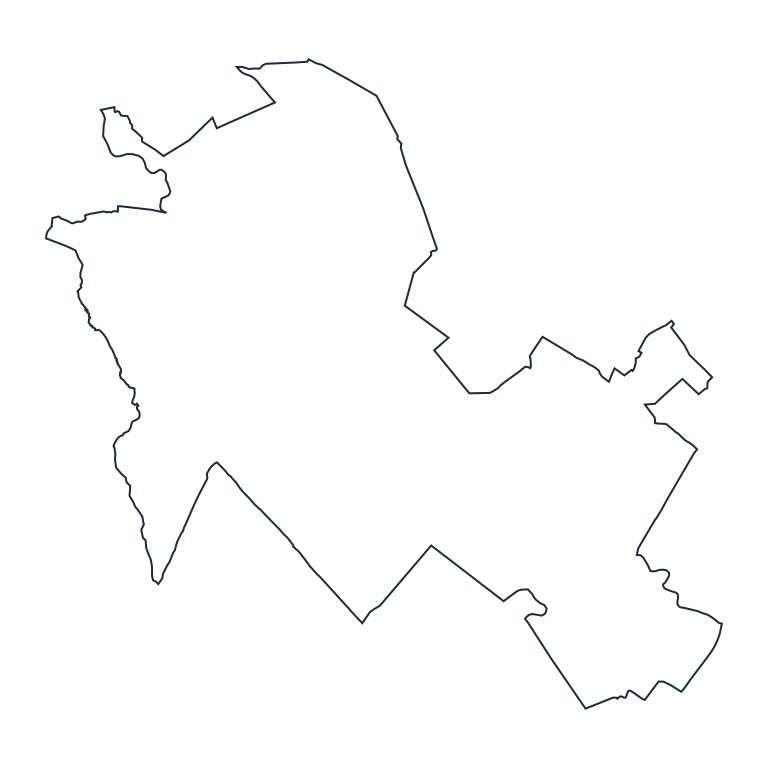 outline of Dragomiresti, Dâmbovita, Romania
{"feature_id": "2599482B73511430354191", "entity_name": "Dragomiresti", "entity_type": "district", "adm_level": 2, "iso_a3": "ROU", "parent_name": "Romania", "parent_adm1": "Dâmbovita", "projection": "equal_earth", "projection_center": [25.352, 44.9], "detail": "fine", "context": "isolated", "style": "outline", "palette": "slate", "viewbox_px": 768, "rotation_deg": 0, "n_neighbors": 0, "source": "geoboundaries", "source_scale": "gbopen_adm2", "svg_char_len": 6036}
<svg xmlns="http://www.w3.org/2000/svg" viewBox="0 0 768 768"><path d="M362.3,623.2L369.9,612.1L374.3,609.0L379.9,605.7L431.2,545.5L503.6,601.2L515.6,592.2L518.6,590.4L521.5,589.7L525.6,589.4L528.0,589.5L532.4,594.3L534.4,598.0L536.0,599.8L540.3,603.2L544.6,605.3L546.6,608.9L546.0,611.4L545.0,613.8L541.8,615.6L532.4,614.0L528.6,615.0L525.0,618.6L528.1,622.8L551.3,658.8L585.5,708.6L612.9,697.7L616.6,697.7L617.3,698.7L620.2,696.4L621.3,696.4L624.4,697.7L625.3,697.7L625.8,697.4L628.0,691.4L628.5,690.9L629.3,690.6L630.5,690.9L632.4,691.9L642.5,699.0L644.8,699.9L658.6,681.5L663.6,681.7L670.2,684.9L681.2,691.7L683.3,689.6L685.3,686.9L690.8,679.1L707.5,657.0L710.7,652.6L713.7,647.9L715.9,643.7L718.2,638.4L719.8,633.5L721.9,623.6L719.1,623.0L712.7,617.9L707.8,614.8L702.9,613.3L697.9,611.2L684.3,607.9L681.4,607.5L679.4,606.8L678.2,605.3L677.4,603.9L677.4,602.1L677.9,598.8L678.1,595.6L677.3,593.6L675.4,592.4L670.9,591.1L665.3,588.8L664.1,587.8L663.0,585.3L663.2,584.2L665.4,582.4L669.2,575.6L669.0,572.8L666.6,570.4L663.4,569.7L659.5,569.9L655.0,571.3L650.5,571.2L647.8,565.1L643.4,557.8L640.6,555.2L636.8,555.0L638.3,548.2L654.9,520.0L656.6,517.9L661.8,509.3L667.2,499.3L694.0,453.3L697.1,449.4L693.3,445.6L689.0,442.5L686.6,441.3L684.5,439.7L677.8,433.3L675.3,431.8L673.0,429.6L666.4,424.2L664.1,423.8L658.1,423.6L656.4,423.2L655.1,423.2L655.0,419.9L654.6,417.4L644.9,404.6L654.9,403.8L664.9,394.5L682.4,378.9L698.7,394.2L704.8,389.1L707.2,388.3L707.7,381.8L712.2,377.3L704.3,369.2L689.6,355.1L684.4,345.0L671.2,327.5L673.9,324.0L671.6,320.8L666.3,325.0L657.2,329.5L649.2,334.0L645.4,338.2L638.5,351.1L641.5,352.8L639.3,356.7L635.8,358.4L635.8,362.6L634.3,368.2L632.7,370.9L631.6,369.9L624.4,375.4L614.6,368.4L611.7,374.7L608.9,381.8L602.0,376.6L599.6,373.0L599.2,371.0L594.7,367.3L588.5,363.9L582.7,360.3L576.6,357.9L571.7,354.3L542.5,336.8L530.1,355.4L529.8,357.1L530.5,358.8L530.9,366.8L530.1,368.3L528.8,367.3L525.4,366.7L521.7,369.5L519.8,371.2L505.6,381.4L500.1,385.7L498.2,388.1L490.2,392.9L469.3,393.3L434.2,350.3L448.5,337.7L404.8,305.7L413.8,272.4L414.7,272.3L429.9,256.9L431.3,254.9L430.8,252.2L432.3,251.1L436.2,250.4L436.9,248.6L433.5,239.1L423.3,208.6L405.8,165.1L400.8,148.0L401.3,143.4L397.3,139.3L397.8,136.1L376.5,95.8L348.2,79.4L322.0,64.8L316.3,63.3L308.8,59.4L307.4,61.7L296.0,62.5L266.1,63.8L262.6,65.4L259.8,68.6L253.2,68.5L249.3,69.1L241.9,66.9L236.8,67.0L239.5,70.1L241.8,72.3L243.6,73.4L250.9,76.1L253.4,77.7L257.0,81.0L261.1,86.4L274.9,102.5L216.8,128.2L212.5,117.6L189.0,140.4L163.5,156.1L155.2,149.7L142.3,141.7L141.9,140.6L142.2,137.7L134.8,130.8L132.0,128.7L132.3,126.2L131.4,124.1L130.0,122.9L130.1,121.4L127.5,116.1L121.2,115.6L119.1,111.8L117.3,111.2L115.2,112.2L114.6,111.5L114.4,107.1L100.9,109.9L103.5,114.3L104.9,118.5L103.7,126.0L103.1,136.0L107.5,144.3L110.8,152.8L114.1,155.9L116.1,156.4L119.8,156.2L127.3,154.0L132.6,154.2L138.8,155.8L142.6,158.6L144.8,162.8L146.2,168.4L149.9,172.2L152.1,173.1L154.6,173.0L159.7,169.8L161.4,169.7L164.2,171.7L165.7,173.6L166.0,176.8L165.7,179.9L167.2,182.4L170.4,191.5L169.4,194.0L168.1,195.6L161.5,198.6L160.2,205.9L160.8,209.4L163.0,211.1L166.5,212.9L151.5,209.8L120.1,206.2L117.9,206.3L118.0,209.5L117.8,211.7L115.6,211.2L113.0,211.3L111.3,212.4L108.6,211.9L107.1,212.4L106.0,211.9L103.4,211.5L90.2,213.9L85.1,215.3L85.0,216.3L85.3,217.4L85.8,218.8L85.1,219.6L82.3,221.5L80.6,221.8L77.5,221.6L72.8,223.3L71.3,223.1L67.5,220.9L61.2,218.5L60.0,217.7L59.3,216.7L58.4,216.5L52.4,218.1L51.7,225.5L52.0,226.4L50.2,228.2L47.5,231.5L46.3,235.1L46.1,238.4L66.8,246.3L72.4,248.9L75.7,250.7L78.6,258.2L82.7,264.9L80.5,272.9L80.3,276.9L81.7,279.5L82.0,282.0L81.7,283.4L80.5,284.8L81.4,287.3L77.5,291.3L78.3,293.4L78.6,296.9L79.2,297.9L79.6,299.5L81.5,302.4L81.6,303.5L83.2,304.8L84.2,306.6L85.6,307.6L85.2,309.2L85.5,310.3L87.0,309.6L87.8,311.2L87.0,311.7L87.6,313.0L88.9,313.3L89.3,314.3L88.9,316.7L90.1,317.3L90.3,317.8L89.0,319.0L89.0,320.4L88.6,322.1L89.0,323.1L89.9,324.1L90.6,325.7L91.6,325.5L92.4,325.9L92.3,327.0L93.0,327.7L94.0,327.8L95.1,328.6L95.1,330.1L99.4,330.2L100.0,330.5L103.8,334.6L105.8,337.6L108.1,341.8L109.8,346.0L111.0,348.0L112.0,349.3L115.5,357.4L115.4,358.1L116.4,358.4L116.5,359.5L117.0,359.7L117.1,360.2L116.5,360.7L116.6,361.4L117.3,361.7L117.6,362.5L117.3,363.0L117.5,363.7L118.3,364.2L118.2,364.9L119.5,366.4L119.9,367.5L120.9,369.0L121.2,371.4L120.5,373.4L120.1,373.0L119.9,375.6L120.6,377.0L120.7,378.0L123.7,380.2L126.4,383.9L128.5,385.4L128.6,386.7L129.3,387.2L130.4,387.3L131.8,388.0L133.4,388.0L134.6,388.9L134.4,391.1L134.8,392.7L134.1,397.2L133.2,398.8L132.1,402.4L132.3,403.3L133.2,403.8L133.7,403.8L134.9,404.9L135.9,404.7L136.7,403.7L137.8,404.8L138.3,406.0L137.1,406.6L136.9,408.4L137.7,410.1L138.7,411.0L139.6,413.7L139.6,415.7L138.9,418.0L136.5,419.8L133.2,421.2L132.2,421.9L131.4,423.9L131.2,425.8L130.4,428.1L128.5,431.0L123.6,433.4L122.9,435.2L121.4,435.6L119.4,436.7L117.4,438.6L114.5,443.4L113.5,446.4L114.4,447.5L115.4,454.2L115.0,459.3L116.1,467.6L121.4,473.9L125.6,477.5L126.6,482.3L130.1,485.7L130.1,489.1L129.5,495.8L133.3,502.1L135.1,506.5L137.9,509.9L142.3,516.6L143.8,524.4L141.3,529.8L143.0,538.0L145.6,540.2L146.2,547.8L148.4,554.0L150.8,559.6L152.0,566.7L152.1,576.4L153.2,580.4L156.3,581.9L158.3,584.1L162.4,578.1L162.9,574.3L163.6,572.6L166.7,566.3L169.5,561.9L171.3,557.6L172.8,553.4L174.9,550.1L176.7,543.3L177.9,540.2L181.0,533.9L181.8,532.6L182.7,531.6L184.4,526.7L185.4,524.9L194.1,504.8L199.1,494.3L206.9,479.4L207.4,477.7L207.0,475.4L207.0,473.5L209.6,468.8L211.8,466.1L215.1,463.3L216.9,462.3L225.4,471.0L227.7,474.0L228.9,475.3L229.9,475.7L231.0,476.8L231.8,477.9L236.1,482.6L240.1,488.4L243.1,491.9L250.1,499.2L254.1,503.9L259.4,508.9L260.4,509.4L261.3,510.6L265.4,514.9L280.1,530.0L283.6,534.1L287.4,537.6L293.3,545.3L293.1,546.4L293.4,546.9L294.2,547.2L295.5,548.9L297.4,550.2L300.1,553.1L302.8,556.8L305.9,560.7L308.9,565.0L314.5,571.5L320.2,577.2L328.7,586.4L346.1,605.6L348.8,608.3L349.7,609.7L359.7,620.5L360.6,621.2L362.3,623.2Z" fill="none" stroke="#1e293b" stroke-width="2"/></svg>